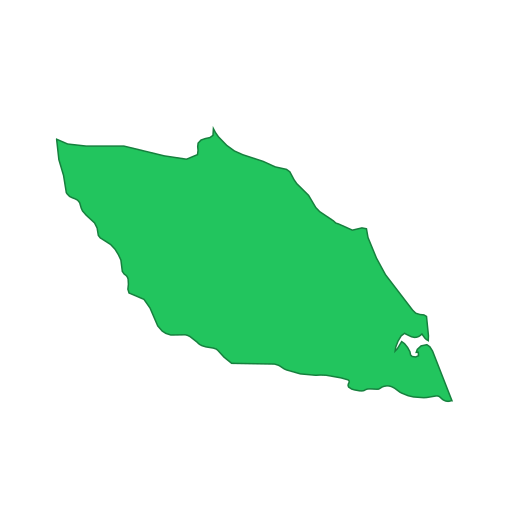 the Department of Rocha, rotated 277°
{"feature_id": "URY-22", "entity_name": "Rocha", "entity_type": "Department", "adm_level": 1, "iso_a3": "URY", "parent_name": "Uruguay", "parent_adm1": "", "projection": "mercator", "projection_center": [-54.149, -33.966], "detail": "fine", "context": "isolated", "style": "filled", "palette": "green", "viewbox_px": 512, "rotation_deg": 277, "n_neighbors": 0, "source": "natural_earth", "source_scale": "10m", "svg_char_len": 2310}
<svg xmlns="http://www.w3.org/2000/svg" viewBox="0 0 512 512"><g transform="rotate(277 256 256)"><path d="M347.6,43.9L344.2,55.4L344.4,73.8L349.0,111.4L344.2,152.8L343.6,175.2L349.5,185.6L353.8,185.6L357.5,184.8L361.0,184.8L364.4,187.3L366.4,191.4L367.9,195.8L370.5,198.6L377.2,198.2L373.6,200.7L369.7,204.2L362.2,213.5L357.6,221.8L354.9,230.6L350.8,251.5L346.8,264.1L345.7,275.7L343.7,279.3L336.4,284.4L332.8,287.6L322.6,300.8L311.4,309.4L307.8,313.8L300.3,328.6L298.4,331.2L297.9,333.9L293.4,348.5L296.8,357.7L296.5,362.3L288.0,364.9L268.6,375.8L253.2,386.8L221.3,418.1L218.7,421.5L217.9,425.9L218.0,429.8L216.8,432.6L197.8,436.9L193.0,437.3L193.9,435.2L195.2,433.5L198.8,430.2L197.3,428.9L196.0,427.4L195.0,425.4L194.5,423.3L194.8,420.1L196.9,413.9L197.4,412.9L194.4,409.8L188.7,407.3L182.7,405.8L178.6,405.7L181.0,407.5L188.8,411.0L187.1,414.1L183.7,417.6L179.8,420.4L176.6,421.5L175.3,423.2L175.2,426.7L176.8,429.4L180.2,428.8L179.9,426.8L183.0,427.5L186.9,430.8L188.8,436.4L187.1,439.6L183.2,442.8L136.3,468.1L136.3,467.9L135.3,465.2L135.1,463.8L135.2,461.8L136.0,459.3L136.9,457.8L138.5,455.6L139.0,454.6L139.2,453.4L139.1,452.0L136.3,442.5L135.8,439.7L135.3,429.5L135.9,423.9L137.7,417.2L138.4,415.4L141.6,409.8L142.6,407.2L143.0,405.7L143.2,403.9L143.1,401.8L142.2,398.8L141.3,397.1L139.5,394.9L138.8,393.9L138.5,392.0L138.0,385.3L137.6,383.0L136.9,381.4L135.5,379.4L135.0,377.5L134.8,375.1L135.1,370.1L135.6,367.1L137.2,363.9L138.6,363.2L140.1,363.2L141.2,363.6L142.4,363.9L143.3,363.6L143.8,363.2L144.3,362.4L145.4,355.3L146.2,340.0L145.7,334.3L144.9,329.9L144.4,314.4L146.6,300.4L147.0,299.0L147.4,297.7L149.8,292.9L150.3,291.5L150.8,288.8L151.0,287.5L146.5,244.9L151.6,236.7L157.9,229.4L158.8,227.8L159.4,224.9L159.7,217.3L160.4,213.3L161.2,211.2L162.0,209.7L163.4,207.9L168.0,200.3L168.9,197.6L169.2,195.4L167.2,181.1L168.2,175.9L170.1,172.0L174.6,167.0L191.4,157.2L199.3,150.1L203.8,134.5L207.4,132.9L212.4,132.8L217.4,131.9L218.9,131.2L220.1,130.3L221.1,129.1L221.9,127.5L224.4,125.2L235.5,122.4L240.5,119.3L245.5,115.3L249.7,110.3L255.0,99.2L257.2,97.0L264.4,94.9L269.2,91.7L275.8,82.5L279.6,78.3L282.4,76.6L287.4,74.5L289.7,72.1L290.7,69.5L291.4,66.6L292.4,63.7L294.6,61.0L295.8,60.0L312.4,55.2L327.6,48.6L347.5,43.9L347.6,43.9Z" fill="#22c55e" stroke="#15803d" stroke-width="1.5"/></g></svg>